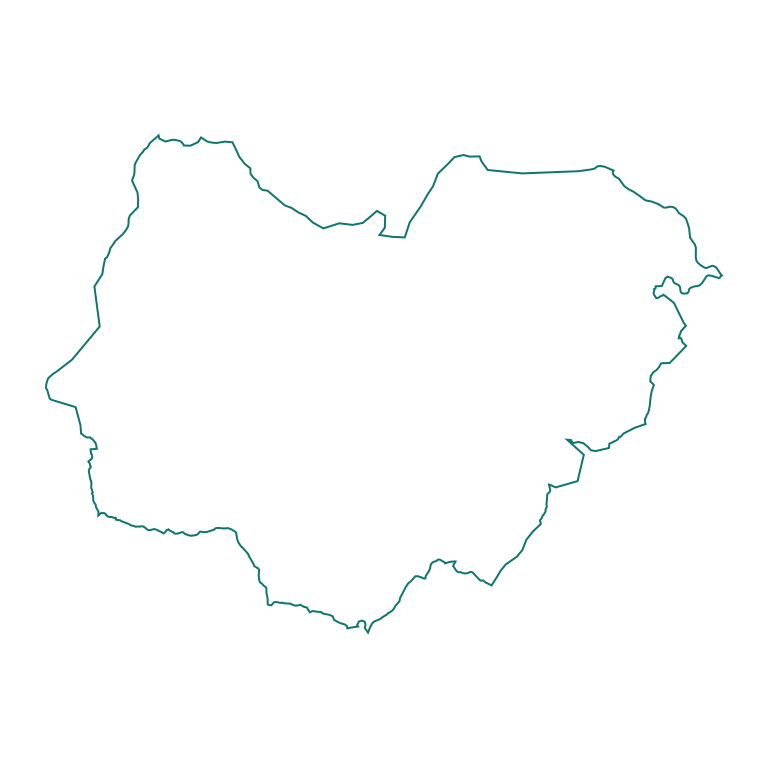 outline of Techiman Municipal, Brong Ahafo, Ghana
{"feature_id": "2480657B78695952433486", "entity_name": "Techiman Municipal", "entity_type": "district", "adm_level": 2, "iso_a3": "GHA", "parent_name": "Ghana", "parent_adm1": "Brong Ahafo", "projection": "robinson", "projection_center": [-1.972, 7.526], "detail": "fine", "context": "isolated", "style": "outline", "palette": "teal", "viewbox_px": 768, "rotation_deg": 0, "n_neighbors": 0, "source": "geoboundaries", "source_scale": "gbopen_adm2", "svg_char_len": 6060}
<svg xmlns="http://www.w3.org/2000/svg" viewBox="0 0 768 768"><path d="M90.5,449.3L91.0,453.5L92.1,455.3L92.2,457.3L92.2,457.8L91.4,459.1L88.4,461.4L90.0,464.1L90.1,465.4L90.7,466.5L90.5,467.7L89.5,468.6L88.9,470.4L88.8,471.1L90.2,478.9L91.4,482.1L91.2,487.7L92.7,492.3L92.2,492.8L92.0,493.4L93.0,495.7L93.3,500.3L93.6,501.4L94.4,503.1L95.6,504.4L96.0,506.9L96.6,508.5L97.8,510.3L98.5,512.0L98.3,515.5L101.3,512.9L104.5,513.2L105.5,513.8L105.8,514.8L107.1,515.6L107.4,516.3L107.9,516.6L110.1,517.0L111.8,517.0L114.0,517.9L115.3,517.7L115.9,518.2L115.8,519.6L116.0,519.7L120.1,520.3L121.4,521.2L129.3,524.2L130.5,525.1L131.7,525.6L133.8,525.9L135.8,526.8L137.8,526.5L140.2,526.6L141.2,526.3L143.7,526.5L144.4,527.3L145.5,528.0L146.2,528.8L148.3,530.1L150.1,530.1L154.4,529.0L155.4,529.5L157.0,529.8L159.0,531.1L161.8,532.2L162.7,533.1L163.5,533.4L164.2,533.1L164.8,532.5L166.1,531.0L166.5,530.1L168.2,529.7L168.4,529.4L170.2,530.8L171.1,531.1L172.3,532.0L173.7,532.4L174.2,533.4L174.8,533.6L176.9,533.7L180.1,532.9L181.4,532.3L182.6,532.1L185.5,534.2L186.5,534.3L187.9,535.2L189.5,535.3L190.8,535.8L195.9,535.1L197.1,534.6L198.0,533.9L200.0,531.6L203.6,532.1L205.6,532.1L207.1,531.9L213.9,529.7L215.4,528.4L216.2,528.1L218.1,527.9L224.2,528.5L227.8,528.1L231.4,529.3L235.3,531.8L236.1,532.5L237.1,538.9L238.6,542.8L240.8,546.1L243.7,548.9L248.0,553.8L249.2,556.5L253.6,564.2L254.2,566.0L258.2,568.5L259.2,569.9L258.7,574.9L259.1,579.4L259.8,582.0L260.1,582.5L262.1,583.8L263.8,585.7L265.8,587.2L266.3,588.0L266.5,593.5L267.1,595.8L267.6,598.6L267.7,604.4L269.7,605.2L271.4,605.2L274.0,602.3L274.8,602.0L276.0,601.9L279.7,602.8L281.4,602.9L282.3,602.6L283.6,603.2L290.6,603.7L293.5,605.2L296.0,605.7L296.9,605.4L297.9,605.5L300.0,604.7L304.3,607.0L306.0,607.2L307.3,607.9L307.5,608.7L309.9,612.3L312.5,611.0L317.5,611.8L320.3,611.9L321.3,612.1L322.3,613.1L323.7,613.8L328.6,614.6L332.2,616.0L332.7,616.4L334.1,619.8L338.0,622.1L340.6,623.2L345.1,624.6L346.9,626.1L347.4,628.4L350.8,627.6L358.1,626.5L357.2,624.9L358.9,621.5L361.6,620.7L362.5,620.8L364.6,621.6L365.4,624.1L365.5,625.2L364.7,627.7L368.0,632.6L369.0,630.4L369.6,628.3L371.7,624.2L372.8,622.7L374.4,621.4L379.2,619.5L380.7,618.5L382.9,616.9L386.9,614.5L388.5,612.9L389.4,612.6L392.5,610.4L394.1,608.3L395.5,605.8L399.5,601.2L400.0,598.3L400.6,597.0L406.0,586.6L408.2,583.4L411.5,580.7L415.1,576.4L417.6,576.2L421.0,577.2L423.2,578.3L424.4,578.6L425.5,578.4L425.7,576.1L428.4,571.9L429.9,569.0L430.7,565.0L431.2,563.9L432.9,562.1L436.5,560.9L437.5,559.9L439.0,559.5L440.2,559.8L445.3,562.8L445.3,563.3L449.8,561.9L454.4,561.4L455.5,561.5L453.1,566.0L456.4,570.8L458.1,572.1L460.2,572.1L463.3,573.2L465.3,573.5L467.8,573.0L470.5,571.9L472.3,572.2L479.7,579.9L480.7,580.6L483.3,580.5L485.3,582.3L491.6,585.4L497.1,576.7L500.7,570.6L505.8,564.4L517.0,556.6L522.4,550.0L526.3,539.8L532.7,531.7L540.8,524.0L540.5,522.1L539.9,520.4L541.8,518.0L542.7,515.5L543.4,515.1L545.6,511.5L545.5,509.8L546.6,507.3L546.8,506.0L546.4,504.4L546.7,502.4L547.3,494.3L549.8,491.7L550.3,490.2L549.0,484.6L550.2,484.9L555.6,487.4L577.6,481.1L583.8,454.8L567.1,439.7L570.9,440.0L572.8,443.0L578.4,442.0L583.4,443.2L588.2,447.2L590.9,450.2L595.4,451.1L608.9,448.0L609.4,443.7L616.9,440.1L617.9,439.3L619.1,436.9L620.3,436.9L622.2,435.3L622.5,434.6L623.4,433.6L634.2,428.0L645.6,424.0L645.0,421.9L644.9,420.6L645.1,418.7L646.1,417.1L646.7,415.0L648.1,413.0L648.7,410.9L649.8,405.5L650.6,397.3L651.4,392.6L651.7,391.3L653.9,384.9L650.3,381.4L650.7,376.0L651.7,374.8L653.0,372.5L657.0,369.6L659.0,367.0L661.2,363.3L669.6,363.0L673.9,358.7L686.2,345.9L682.4,342.3L681.8,339.9L680.5,337.8L678.8,338.3L679.2,335.7L680.2,333.8L681.1,330.9L682.6,329.6L682.7,329.1L685.9,325.7L683.7,322.8L674.1,303.2L670.5,300.1L663.5,294.7L662.7,295.5L660.4,296.3L658.6,297.6L656.8,298.2L656.2,298.1L655.8,297.3L654.1,295.0L653.6,292.7L654.3,290.5L654.0,289.1L655.5,288.5L655.7,286.3L661.9,285.9L665.3,278.3L667.3,276.7L670.2,277.5L671.7,278.3L672.7,279.3L673.4,281.7L674.4,283.1L678.7,285.1L679.9,286.7L680.7,292.0L681.9,293.2L683.5,293.6L687.2,293.4L688.4,292.1L689.3,289.0L690.6,287.8L693.8,286.6L698.7,285.7L700.2,284.9L702.2,282.9L706.5,276.3L708.2,275.4L710.8,275.6L719.1,278.1L720.0,277.6L720.9,275.8L721.9,275.5L720.5,273.9L716.2,267.5L713.8,266.1L712.1,265.8L706.3,268.1L704.9,267.8L700.9,265.4L697.9,262.8L696.4,260.6L695.8,257.3L695.9,247.7L694.8,244.4L690.1,237.7L689.1,228.1L686.1,218.8L683.8,216.3L679.1,213.2L675.5,208.4L672.9,207.0L670.2,206.7L665.7,207.7L663.7,207.5L658.3,204.1L651.9,201.6L645.7,200.4L643.6,199.0L641.6,197.4L633.5,191.7L628.5,189.2L624.3,186.1L618.9,178.7L615.2,176.6L613.2,174.3L612.7,172.5L613.6,170.6L604.6,166.7L599.7,165.9L597.3,166.5L594.7,168.5L591.3,169.4L578.6,171.2L522.3,173.4L487.7,170.0L481.4,161.2L479.6,156.4L469.4,156.6L463.5,155.0L454.5,157.1L447.3,164.6L437.9,173.6L433.1,186.2L427.8,194.1L421.0,206.0L409.7,222.4L404.8,237.4L392.9,236.9L379.5,235.0L384.8,227.8L385.2,215.7L376.9,210.9L370.9,216.2L362.8,222.9L352.6,224.9L339.4,223.3L323.3,228.4L312.8,222.5L305.8,215.9L298.1,212.3L291.7,208.0L284.8,205.4L267.6,190.7L262.5,190.0L259.5,187.6L257.5,181.2L253.1,177.4L250.5,173.6L250.3,168.3L244.8,163.9L239.2,156.7L235.8,149.0L232.4,142.3L225.1,141.6L216.4,143.0L211.7,142.6L207.4,141.6L201.0,137.5L198.1,142.1L190.4,145.7L184.0,145.5L182.1,142.7L180.2,141.0L174.2,139.8L172.3,139.8L165.5,141.5L159.3,138.6L158.6,135.4L149.8,143.2L147.4,147.5L144.5,149.4L142.7,152.1L140.1,154.9L135.5,162.9L134.7,165.0L134.4,173.1L133.9,175.7L132.7,178.5L132.1,180.7L137.5,192.6L138.2,199.9L137.9,205.1L138.1,207.0L129.9,215.5L128.7,218.8L128.5,223.9L128.0,226.5L125.8,230.4L122.9,234.0L115.3,241.0L114.1,243.0L110.3,248.3L109.3,252.3L107.1,257.2L105.1,258.7L103.4,266.9L102.3,274.2L94.4,286.5L99.7,326.5L72.0,359.7L56.5,371.7L52.8,374.0L48.3,378.1L47.2,380.9L46.2,384.4L46.1,388.1L47.3,390.2L49.7,398.6L51.7,399.9L75.6,407.1L80.5,425.4L81.1,433.6L82.1,434.1L83.6,435.5L86.5,437.3L90.3,437.5L91.4,438.7L92.2,438.8L95.5,442.9L96.3,445.7L96.8,448.8L90.5,449.3Z" fill="none" stroke="#0f766e" stroke-width="2"/></svg>